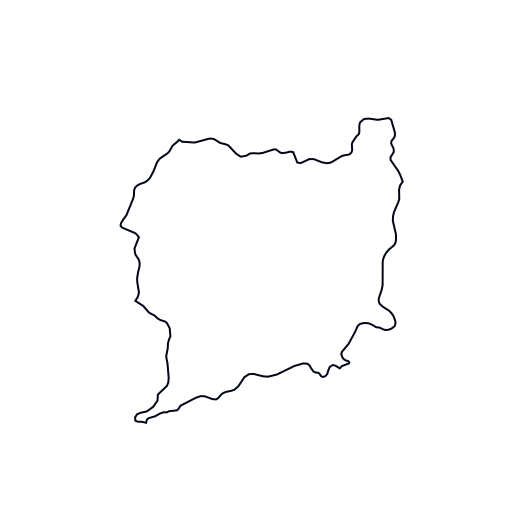 the District of Gandaki, rotated 333°
{"feature_id": "NPL-1095", "entity_name": "Gandaki", "entity_type": "District", "adm_level": 1, "iso_a3": "NPL", "parent_name": "Nepal", "parent_adm1": "", "projection": "albers", "projection_center": [84.335, 28.335], "detail": "fine", "context": "isolated", "style": "outline", "palette": "ink", "viewbox_px": 512, "rotation_deg": 333, "n_neighbors": 0, "source": "natural_earth", "source_scale": "10m", "svg_char_len": 3081}
<svg xmlns="http://www.w3.org/2000/svg" viewBox="0 0 512 512"><g transform="rotate(333 256 256)"><path d="M240.2,117.5L242.3,120.8L252.9,127.1L267.2,130.1L269.7,131.2L271.9,133.1L275.4,139.0L279.8,142.8L281.6,145.0L284.8,156.0L287.5,160.6L292.7,162.2L297.5,162.0L301.1,163.6L304.5,165.7L308.7,167.2L320.3,169.1L322.2,170.2L324.3,174.4L325.7,176.1L329.8,177.6L333.8,178.5L336.3,180.4L335.2,191.5L338.0,193.5L347.6,193.9L351.6,196.0L357.1,202.3L360.8,205.2L363.5,206.4L366.0,206.7L377.6,205.9L380.2,206.3L383.6,207.5L385.9,207.8L388.0,207.1L389.6,205.6L392.2,199.9L393.5,198.5L399.7,195.0L401.7,194.5L403.5,193.6L404.8,191.7L406.8,187.5L408.2,185.4L409.6,184.1L414.4,183.0L418.6,184.6L426.4,190.0L436.8,193.3L438.3,196.1L436.0,208.1L435.4,210.1L434.1,212.2L432.6,213.4L429.0,215.0L427.7,216.7L427.4,218.1L427.4,222.6L426.1,225.8L420.7,229.1L419.5,231.5L421.3,244.6L421.3,249.2L420.5,256.4L416.5,258.5L413.6,261.8L409.5,270.3L407.3,272.6L398.9,279.5L396.0,283.0L393.9,286.8L390.5,300.3L388.0,305.4L385.8,307.9L383.6,309.2L378.0,310.4L373.8,312.0L370.0,314.5L367.9,316.5L366.3,318.6L355.5,339.6L352.5,343.3L346.0,349.7L344.8,352.0L344.5,354.6L345.0,356.2L345.8,358.4L349.9,365.5L350.9,369.0L351.2,372.4L350.6,377.3L349.4,379.7L347.9,381.3L346.2,381.8L344.5,382.1L342.6,382.1L340.5,381.8L338.7,381.2L337.1,380.2L335.7,378.7L334.8,377.4L333.7,376.1L333.1,375.5L330.8,374.1L328.3,370.1L325.9,367.2L323.8,365.8L321.9,364.8L319.9,364.2L317.6,363.8L315.7,364.3L314.4,364.8L310.0,368.5L298.6,376.3L289.0,380.4L287.4,382.2L286.9,386.0L287.7,388.4L288.7,390.0L289.7,390.8L290.6,391.8L290.8,393.2L290.0,393.9L282.7,393.1L279.6,394.1L277.2,390.1L275.1,388.0L271.4,388.3L268.5,390.7L266.0,393.4L263.5,394.5L261.6,394.4L260.3,393.9L259.5,392.7L259.2,390.5L258.7,388.5L255.9,386.6L254.7,384.7L254.1,380.7L254.0,377.7L252.8,375.2L249.1,373.1L240.0,371.4L220.9,371.1L211.9,369.0L207.8,366.5L200.2,359.9L196.0,358.1L190.7,358.7L181.2,364.0L176.2,365.3L173.3,365.0L167.6,363.5L164.7,363.2L162.4,363.6L157.5,365.5L155.4,365.7L152.4,363.9L146.6,357.7L143.0,355.7L137.9,355.0L120.8,355.1L117.0,357.3L115.4,357.6L108.0,354.8L105.5,354.8L102.7,353.3L99.3,352.8L93.2,353.0L87.1,351.8L84.7,352.1L82.3,354.7L79.2,352.0L75.7,350.1L73.7,348.0L75.1,344.8L78.3,343.0L82.0,343.3L88.2,344.9L96.0,343.7L102.6,340.1L105.7,334.9L117.7,331.3L120.4,328.9L122.9,324.9L128.5,311.2L130.0,305.7L131.0,303.8L135.3,298.4L137.9,293.9L140.7,290.8L143.2,288.8L146.3,281.3L146.2,275.4L145.4,273.3L141.8,269.7L140.3,267.5L138.6,263.1L136.4,260.0L134.8,257.5L132.9,249.4L128.1,241.2L131.8,239.0L133.4,237.5L135.2,235.2L138.4,225.2L140.0,221.8L144.1,216.2L144.6,215.8L147.7,212.1L149.3,209.1L149.9,205.6L149.2,199.8L150.3,196.2L151.3,194.0L160.2,186.1L159.5,182.6L158.7,180.8L149.9,170.3L149.0,167.9L149.5,166.8L151.0,165.2L153.9,163.4L159.1,160.8L172.6,149.1L174.6,146.8L177.2,142.2L179.0,140.4L181.8,139.3L185.9,139.2L190.0,139.9L193.4,139.5L196.8,138.4L202.3,134.6L207.5,130.2L209.1,128.6L211.5,126.9L214.7,125.5L223.5,124.4L226.2,123.5L231.9,119.8L238.4,118.3L240.2,117.5Z" fill="none" stroke="#020617" stroke-width="2"/></g></svg>